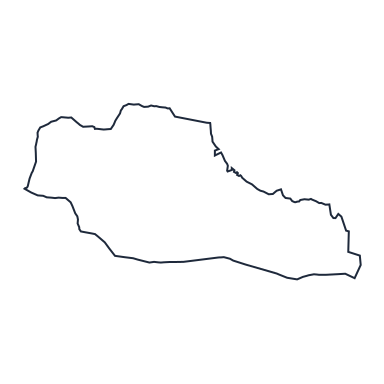 the district of Bassa, Plateau, Nigeria, rotated 269°
{"feature_id": "59680162B94726154492089", "entity_name": "Bassa", "entity_type": "district", "adm_level": 2, "iso_a3": "NGA", "parent_name": "Nigeria", "parent_adm1": "Plateau", "projection": "mercator", "projection_center": [8.83, 10.063], "detail": "fine", "context": "isolated", "style": "outline", "palette": "slate", "viewbox_px": 384, "rotation_deg": 269, "n_neighbors": 0, "source": "geoboundaries", "source_scale": "gbopen_adm2", "svg_char_len": 2795}
<svg xmlns="http://www.w3.org/2000/svg" viewBox="0 0 384 384"><g transform="rotate(269 192 192)"><path d="M126.1,219.5L126.3,222.7L124.6,228.8L122.7,232.0L118.5,244.4L109.0,275.3L108.0,277.5L104.6,285.6L102.8,295.6L105.2,301.4L106.2,305.4L106.7,307.1L107.6,312.5L107.3,315.4L107.0,317.5L106.9,322.1L106.9,325.1L107.3,336.5L107.6,343.8L103.0,353.1L116.1,359.4L125.5,358.7L129.4,347.2L149.9,348.1L150.7,345.4L164.6,341.0L164.9,340.8L167.5,337.9L163.4,335.0L163.5,332.9L166.8,330.5L177.2,329.1L177.1,328.3L177.0,325.2L178.8,321.1L178.7,319.0L180.6,315.9L182.4,311.7L182.6,311.5L183.0,310.8L182.3,308.6L182.8,304.3L182.1,300.1L180.7,299.0L180.5,296.9L180.0,295.4L180.1,294.3L181.2,292.0L183.7,290.2L184.4,285.4L187.1,282.9L193.1,281.0L193.0,280.7L191.8,276.7L190.6,275.2L188.6,272.8L188.4,268.7L191.2,263.5L191.9,261.1L192.1,260.4L193.9,257.3L195.8,255.2L198.6,252.1L201.4,246.8L205.3,242.5L207.2,241.4L207.9,240.6L207.2,239.3L208.3,237.4L210.1,238.2L211.0,237.3L210.3,236.2L211.4,234.3L213.0,234.8L215.2,232.2L213.3,232.2L211.9,228.0L212.7,227.5L217.6,228.3L219.6,227.6L222.5,225.5L228.4,223.1L231.0,221.7L228.1,215.5L233.0,215.6L234.4,219.4L237.1,216.6L242.0,213.4L244.0,213.3L244.3,213.3L247.0,213.1L249.9,212.0L252.9,211.9L255.9,211.7L257.9,211.6L259.9,211.5L260.3,211.3L260.7,211.3L261.0,207.9L267.7,176.3L276.1,171.1L276.0,170.7L276.0,169.1L276.9,167.0L277.2,163.9L277.6,160.8L278.5,157.8L278.4,156.1L278.4,155.7L279.2,152.6L278.1,149.6L278.0,147.6L277.9,145.6L278.2,144.9L278.8,143.5L280.7,140.3L280.5,136.8L280.4,135.3L281.2,130.1L280.1,128.1L280.0,127.9L279.0,125.1L275.9,123.2L274.8,122.3L271.8,121.4L267.1,118.2L264.6,116.6L262.5,115.7L260.5,114.8L256.4,111.9L256.3,109.8L256.2,108.1L256.1,106.8L256.0,104.8L256.3,102.4L256.7,99.5L256.9,97.6L256.8,96.0L258.6,95.5L259.5,93.4L259.3,89.3L259.2,86.3L259.1,84.3L261.0,81.1L262.3,79.7L263.8,77.9L268.6,72.6L268.4,69.6L269.1,63.1L269.1,62.4L268.0,60.4L265.9,57.4L264.7,52.4L262.5,49.4L261.5,47.1L260.3,44.4L259.5,42.2L259.2,41.4L256.1,39.5L254.0,38.6L251.3,38.7L250.0,38.8L249.9,38.8L247.0,37.9L244.8,37.5L244.4,37.4L243.7,37.2L242.6,37.0L239.9,36.3L236.9,36.4L233.9,36.5L225.1,36.6L215.5,33.1L213.9,32.1L208.4,29.9L205.4,29.1L200.7,27.9L199.4,27.2L198.9,26.0L198.7,25.1L198.2,24.6L194.3,31.2L191.3,37.7L190.8,43.1L189.2,46.7L188.8,51.3L188.3,55.0L188.7,58.5L188.3,62.6L188.3,65.5L186.5,67.5L186.3,67.7L185.8,68.3L183.8,70.5L180.0,72.2L172.7,74.9L169.7,76.9L166.5,77.5L162.5,77.1L158.8,78.6L156.8,78.7L154.5,80.2L153.6,84.6L152.3,91.1L151.6,94.3L149.5,96.8L143.2,103.9L137.1,108.2L136.3,108.8L131.1,112.7L129.5,113.9L128.0,123.5L126.8,132.0L125.4,136.4L122.2,148.2L122.8,152.8L122.2,157.4L122.0,159.6L122.2,162.5L122.4,168.4L122.3,176.2L122.3,182.2L123.1,189.7L126.1,217.6L126.1,219.5Z" fill="none" stroke="#1e293b" stroke-width="2"/></g></svg>